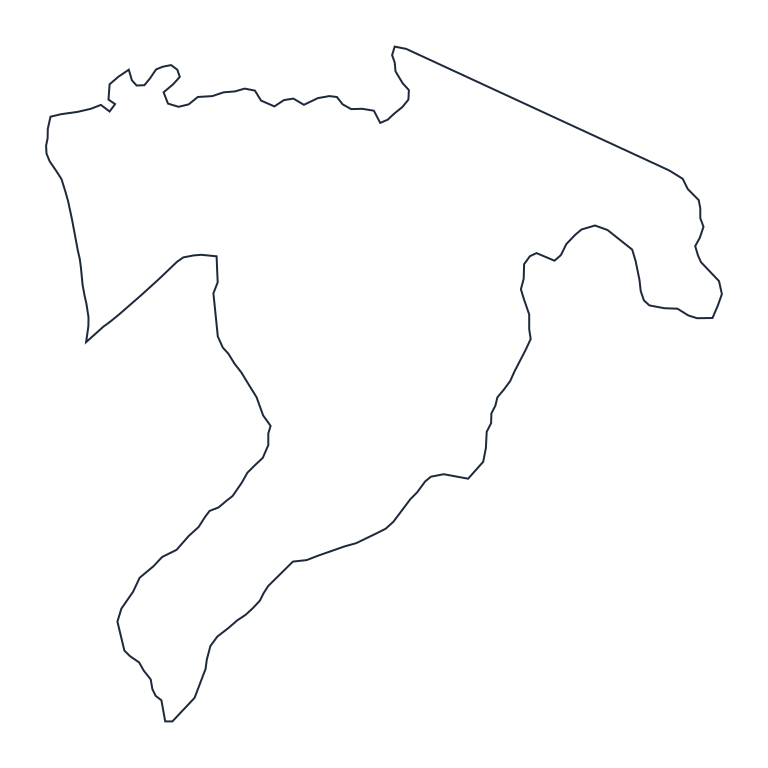 Governador Luiz Rocha, Maranhão, Brazil (orthographic projection)
{"feature_id": "56859067B14597495707649", "entity_name": "Governador Luiz Rocha", "entity_type": "district", "adm_level": 2, "iso_a3": "BRA", "parent_name": "Brazil", "parent_adm1": "Maranhão", "projection": "orthographic", "projection_center": [-44.107, -5.572], "detail": "fine", "context": "isolated", "style": "outline", "palette": "slate", "viewbox_px": 768, "rotation_deg": 0, "n_neighbors": 0, "source": "geoboundaries", "source_scale": "gbopen_adm2", "svg_char_len": 2589}
<svg xmlns="http://www.w3.org/2000/svg" viewBox="0 0 768 768"><path d="M682.7,178.8L669.3,170.5L406.2,48.9L394.7,46.6L392.1,55.2L394.7,62.4L395.5,71.3L402.6,83.2L408.9,90.1L408.4,99.6L402.6,106.8L393.9,113.9L387.7,119.7L380.2,122.9L373.9,110.7L362.2,108.8L351.2,109.1L342.7,104.4L336.9,97.0L329.4,96.1L317.9,98.1L303.9,104.8L293.4,98.6L283.9,100.1L274.4,106.4L261.1,100.6L254.9,90.6L244.7,88.6L235.0,91.4L223.6,92.3L212.3,96.1L197.8,97.0L188.6,104.4L178.6,106.8L168.0,103.6L163.6,92.3L173.1,84.3L179.8,76.9L177.3,69.7L171.1,65.1L162.8,66.7L156.1,69.4L149.9,78.5L144.4,85.2L136.6,85.5L131.9,80.3L128.8,69.7L118.3,76.8L109.6,84.3L108.5,99.6L115.1,104.1L109.6,111.5L100.9,104.9L90.8,108.8L77.5,111.9L61.0,114.2L50.5,116.7L47.8,128.8L47.6,138.3L46.1,145.7L46.5,153.6L49.7,161.4L56.3,171.0L61.5,179.1L65.6,192.3L68.1,201.2L71.9,218.9L77.8,250.4L79.8,259.1L80.9,267.4L82.6,285.0L84.6,295.8L86.4,303.6L88.5,317.2L88.4,326.0L87.3,333.9L86.1,342.1L96.8,332.6L103.3,326.7L110.8,321.2L118.9,314.6L141.6,294.8L159.0,279.0L176.9,261.9L183.3,257.4L193.8,255.4L201.2,254.8L216.6,256.3L217.3,273.7L217.7,282.3L213.4,293.3L215.7,315.7L217.8,336.5L222.8,347.6L228.3,353.6L234.6,363.8L241.3,372.4L249.9,386.5L256.6,397.3L263.1,415.4L270.6,425.9L268.3,433.4L268.3,445.1L262.8,457.8L254.1,466.0L247.4,472.7L241.9,482.5L232.6,496.0L226.4,500.8L218.6,507.4L209.6,510.9L205.2,516.7L198.6,527.0L188.7,536.0L176.6,549.8L162.1,557.0L153.6,566.1L139.7,577.7L133.1,591.7L121.4,608.6L117.4,621.6L124.4,650.6L129.9,656.1L139.1,662.4L143.8,670.7L150.7,679.4L152.4,689.2L155.6,695.8L161.4,700.3L163.4,711.3L165.2,721.4L172.4,721.4L185.2,707.8L194.6,697.8L205.6,668.8L206.8,659.6L210.4,646.0L217.4,636.5L228.2,628.2L237.2,620.4L245.6,614.8L252.9,608.1L259.9,600.6L263.6,593.2L268.2,586.0L292.9,561.6L306.6,560.1L318.8,555.4L344.9,546.3L356.1,543.2L376.4,533.4L385.7,528.7L393.5,521.6L410.4,499.1L417.0,492.5L425.2,481.4L430.9,476.7L443.7,474.2L468.1,478.7L483.2,461.8L485.9,448.0L486.7,431.8L491.1,423.2L491.4,413.4L495.4,405.6L497.4,397.3L504.1,389.3L510.2,381.0L514.6,371.2L525.6,350.0L530.7,339.0L529.2,329.2L529.2,314.5L523.7,298.5L520.9,289.3L523.7,278.7L524.1,264.2L529.9,256.2L536.5,253.1L554.5,260.7L560.9,255.1L566.3,244.1L575.3,234.7L581.5,229.5L595.0,225.5L607.5,230.0L632.2,249.6L635.7,261.4L639.5,280.0L640.7,291.0L643.9,300.4L649.4,305.4L664.2,308.2L677.5,308.7L688.2,315.4L697.0,318.2L712.5,318.0L717.8,305.6L721.9,294.1L719.0,281.1L701.0,262.2L698.0,255.5L695.2,246.1L699.8,237.8L703.5,226.8L700.3,218.2L700.3,208.4L698.7,200.1L687.8,189.1L682.7,178.8Z" fill="none" stroke="#1e293b" stroke-width="2"/></svg>